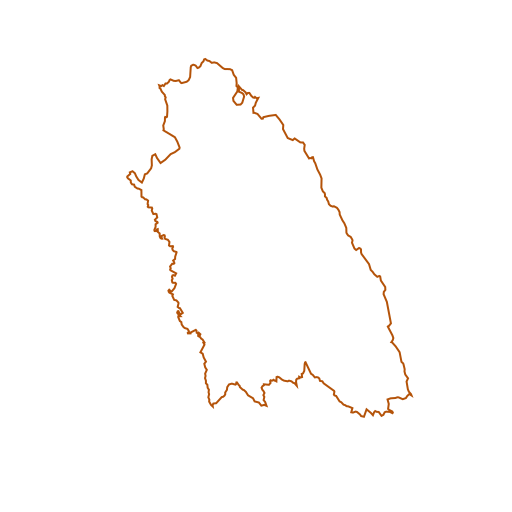 Anjozorobe, Analamanga, Madagascar (Equal Earth projection), rotated 335°
{"feature_id": "10022922B1306198900476", "entity_name": "Anjozorobe", "entity_type": "district", "adm_level": 2, "iso_a3": "MDG", "parent_name": "Madagascar", "parent_adm1": "Analamanga", "projection": "equal_earth", "projection_center": [47.714, -18.198], "detail": "fine", "context": "isolated", "style": "outline", "palette": "amber", "viewbox_px": 512, "rotation_deg": 335, "n_neighbors": 0, "source": "geoboundaries", "source_scale": "gbopen_adm2", "svg_char_len": 6102}
<svg xmlns="http://www.w3.org/2000/svg" viewBox="0 0 512 512"><g transform="rotate(335 256 256)"><path d="M221.5,378.2L223.5,374.4L224.5,374.5L225.8,375.8L227.3,379.0L228.7,380.8L231.8,383.0L233.2,382.9L235.2,384.6L236.1,386.6L237.2,387.6L238.1,390.8L239.1,387.0L240.3,385.0L241.5,384.6L243.5,385.1L244.1,383.7L245.2,385.0L246.6,385.2L247.6,382.2L249.0,382.3L251.2,380.5L254.5,374.4L255.5,373.2L256.0,373.2L256.1,386.0L257.2,387.7L258.0,390.9L259.8,391.4L261.1,392.5L261.6,393.8L261.2,396.2L263.2,397.6L263.5,400.0L269.8,411.3L269.7,412.1L268.0,414.5L268.2,415.5L269.5,416.7L270.3,423.1L271.5,424.6L272.5,427.7L274.0,429.1L274.5,430.3L276.1,431.3L279.1,434.6L276.3,437.9L277.7,438.9L280.5,439.1L281.6,440.0L283.3,443.6L283.6,445.5L285.9,447.3L291.4,441.7L293.8,446.7L294.7,449.7L296.9,447.6L298.5,446.9L299.6,448.3L301.3,449.2L302.2,453.9L304.3,453.8L306.6,452.0L308.2,452.1L311.5,453.9L313.2,456.1L313.8,455.8L313.8,454.5L311.6,451.7L311.1,450.4L313.8,446.2L314.6,441.6L317.9,441.9L322.3,443.6L324.4,443.8L325.5,444.4L328.5,447.8L331.8,448.1L333.9,446.8L336.6,445.9L338.0,448.1L338.1,446.7L337.2,443.6L337.3,441.0L339.4,433.4L342.1,431.1L341.2,426.5L341.8,423.4L342.9,421.4L343.9,416.5L344.0,415.6L343.1,413.4L345.5,403.9L344.4,397.0L342.8,391.7L342.3,391.3L344.3,390.1L345.8,388.4L346.1,385.6L345.6,374.9L346.2,375.9L349.8,374.1L355.2,352.9L355.5,344.5L356.7,342.5L358.9,341.4L360.0,338.7L358.8,331.0L359.9,327.0L359.3,326.2L357.1,326.1L355.5,322.5L355.0,319.6L354.1,317.1L355.0,311.1L352.5,298.8L352.7,297.2L353.9,294.5L353.8,293.5L352.8,292.3L349.3,292.9L348.4,290.9L348.6,284.5L350.0,282.8L350.2,281.9L349.9,278.7L348.2,276.3L347.8,274.0L347.8,273.1L349.7,268.7L349.9,263.7L349.4,260.2L349.4,253.8L350.3,251.5L350.2,248.8L349.7,246.5L347.6,243.8L346.6,243.8L344.8,242.0L344.0,239.8L344.5,237.1L344.2,234.9L344.6,233.4L343.7,231.1L344.6,229.2L344.8,227.9L343.9,225.7L344.1,221.7L348.2,213.4L348.5,209.4L348.2,203.5L348.9,197.0L348.7,194.6L349.4,190.5L348.6,190.2L347.6,190.9L346.3,190.0L345.3,190.0L344.3,181.2L345.0,179.1L347.1,175.9L346.6,173.0L344.2,171.8L340.7,165.8L338.3,166.5L334.6,162.5L334.1,152.4L336.1,148.8L335.0,142.1L333.5,136.5L327.1,134.5L321.4,133.3L320.2,134.4L319.0,133.9L317.4,127.9L315.0,125.5L314.2,125.2L316.0,120.3L318.7,119.3L320.6,117.0L324.9,113.7L323.2,113.3L322.3,111.4L321.4,111.9L320.4,111.2L319.4,108.8L318.9,105.4L317.5,104.8L315.8,105.4L315.8,103.4L314.4,100.2L313.5,99.5L312.2,95.0L310.0,99.9L312.1,102.2L313.0,104.1L312.6,106.5L308.3,111.3L306.0,112.2L302.4,110.8L301.1,105.9L302.0,103.0L308.6,99.0L311.3,94.7L310.4,94.5L310.1,93.7L311.5,91.2L313.3,86.1L312.4,82.4L312.9,77.5L311.3,75.6L306.6,73.3L305.3,71.6L302.2,64.7L300.0,62.9L297.5,62.2L296.2,59.6L294.5,58.3L293.3,56.0L292.1,55.9L290.6,57.4L288.4,58.1L285.8,60.5L283.6,61.1L282.4,60.9L281.8,58.0L280.9,56.9L279.9,56.1L277.7,56.2L276.6,57.4L271.9,66.0L269.2,68.2L266.8,68.8L261.7,67.9L261.2,67.4L260.4,64.1L257.3,63.5L255.5,62.5L253.1,59.8L252.1,60.0L250.6,61.3L248.1,62.1L246.9,61.4L244.3,63.0L243.4,61.6L242.0,62.0L240.4,60.4L240.3,61.6L239.6,63.0L240.1,63.8L240.1,67.3L241.4,71.5L240.9,72.9L241.2,74.0L239.9,75.5L239.2,82.2L236.7,87.7L234.2,92.2L233.5,92.4L232.5,91.6L232.1,91.9L230.4,95.3L227.1,98.5L226.0,102.1L225.2,103.0L232.7,114.1L233.0,119.2L232.6,125.4L231.9,126.4L226.3,127.6L221.7,127.6L214.5,130.4L208.8,131.4L207.7,125.4L207.7,121.2L204.4,121.4L202.3,124.2L199.9,129.9L198.0,132.2L192.3,135.2L189.8,135.0L187.0,138.4L183.6,141.2L181.6,137.4L181.1,133.2L181.2,129.8L179.9,127.0L177.0,126.9L176.7,128.5L173.0,129.5L172.6,130.0L172.7,131.4L174.4,134.6L173.6,136.5L173.8,138.0L174.0,138.7L175.7,139.8L175.4,142.0L177.1,144.8L178.1,145.3L180.0,147.8L177.3,153.8L177.7,154.7L178.5,155.2L179.5,157.8L180.6,158.4L181.6,160.2L179.7,163.1L179.9,164.3L178.7,165.6L179.0,166.4L182.1,168.1L182.0,169.2L180.7,170.8L180.7,174.6L182.9,175.3L183.5,176.0L182.8,179.3L179.7,180.4L179.6,181.8L181.0,183.4L180.9,184.3L178.4,184.8L177.3,187.2L174.8,189.5L174.7,190.6L176.0,191.2L177.5,190.0L178.3,190.1L177.2,192.7L178.2,194.8L177.0,197.7L177.0,199.3L177.6,200.3L178.2,200.6L178.3,198.7L178.9,198.0L181.3,198.0L181.9,198.7L181.7,199.7L180.8,200.8L180.9,202.1L183.0,204.1L183.5,206.7L181.6,209.7L182.3,210.9L184.8,211.9L184.7,212.7L183.4,213.6L183.0,215.1L183.5,216.9L185.6,218.7L185.5,219.2L182.5,222.4L181.4,224.5L179.0,225.1L179.2,227.1L178.9,228.1L178.1,228.3L176.8,227.6L173.7,229.2L173.5,231.1L172.5,231.9L172.4,232.7L176.3,238.0L174.2,239.6L173.0,238.4L172.1,238.3L171.0,239.4L170.8,241.4L169.5,242.3L169.0,244.6L169.4,245.2L171.6,246.2L171.8,247.5L168.5,250.7L164.7,252.5L164.0,252.2L163.1,249.9L162.0,250.4L161.8,251.6L162.0,252.6L164.5,255.7L163.3,256.8L163.3,261.2L165.1,262.6L166.0,265.4L165.7,266.3L163.5,269.0L164.3,270.7L165.0,271.1L165.6,276.6L163.3,277.0L162.8,276.6L162.4,275.2L162.4,273.2L161.7,273.0L160.7,273.9L160.6,274.7L162.0,278.6L160.1,277.8L159.7,278.4L159.5,282.8L160.4,284.3L159.7,286.7L160.3,289.9L161.0,291.2L163.1,293.1L163.4,295.6L163.2,296.3L161.7,296.8L161.6,297.4L164.0,298.5L164.6,297.7L170.2,297.5L170.5,298.5L169.8,300.5L170.7,301.5L171.6,301.2L172.5,303.4L171.8,304.0L170.2,303.2L169.8,304.1L171.2,306.1L171.3,307.5L172.3,309.2L172.7,312.6L171.7,312.4L171.8,314.6L164.9,319.8L166.4,322.0L165.7,325.9L166.0,330.6L163.6,331.8L162.9,335.5L163.3,338.4L160.2,341.1L159.6,343.4L158.2,345.1L157.9,347.9L156.8,350.2L157.5,352.1L156.5,355.0L156.8,357.3L155.4,359.5L155.1,361.4L153.1,363.9L153.0,366.4L152.0,368.2L152.3,371.9L153.2,374.1L153.6,372.8L155.0,371.7L157.7,372.6L165.3,369.4L166.8,369.7L168.5,369.2L169.7,368.3L170.4,366.7L173.1,365.0L174.5,362.7L177.3,361.0L180.2,361.5L183.0,363.9L183.6,363.8L184.8,362.3L185.3,362.5L185.8,365.6L186.3,366.7L186.0,368.0L187.5,371.6L188.3,372.2L189.4,374.8L189.9,378.9L193.2,383.7L193.3,387.2L196.7,390.0L197.6,393.9L200.5,394.4L202.2,396.2L202.6,392.2L202.0,389.8L204.0,387.2L203.9,385.2L205.8,383.7L205.7,381.5L205.2,379.8L205.4,377.7L206.9,376.7L208.5,376.5L208.9,375.6L213.3,378.2L215.5,377.2L216.0,375.2L216.7,374.8L217.8,375.8L219.6,375.6L220.0,376.7L220.5,376.8L221.5,378.2Z" fill="none" stroke="#b45309" stroke-width="2"/></g></svg>